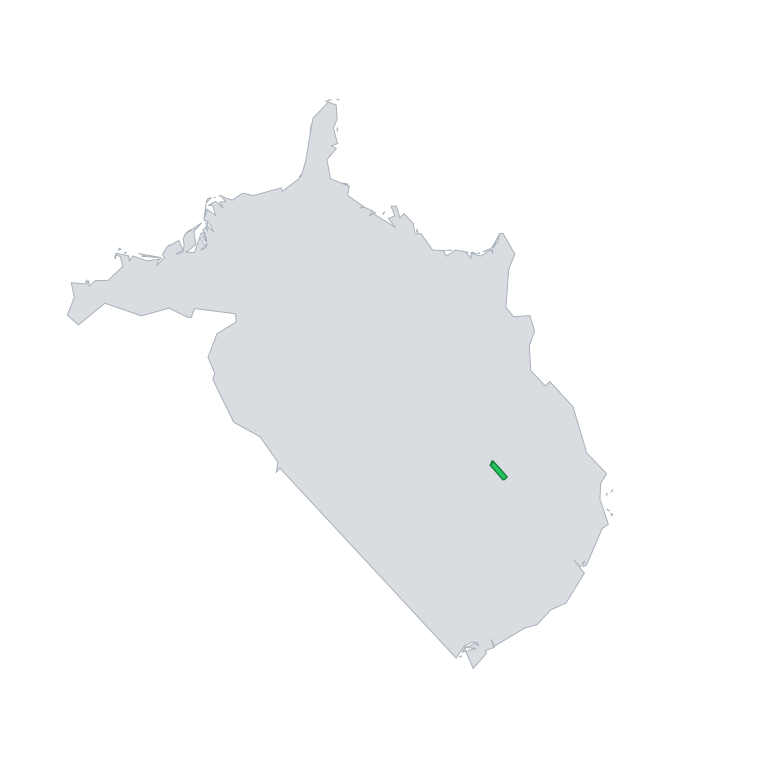 Wayne, Utah, United States of America (highlighted), rotated 228°
{"feature_id": "52423323B53425480585929", "entity_name": "Wayne", "entity_type": "district", "adm_level": 2, "iso_a3": "USA", "parent_name": "United States of America", "parent_adm1": "Utah", "projection": "albers", "projection_center": [-110.379, 38.33], "detail": "fine", "context": "in_parent", "style": "filled", "palette": "green", "viewbox_px": 768, "rotation_deg": 228, "n_neighbors": 0, "source": "geoboundaries", "source_scale": "gbopen_adm2", "svg_char_len": 4413}
<svg xmlns="http://www.w3.org/2000/svg" viewBox="0 0 768 768"><g transform="rotate(228 384 384)"><path d="M597.0,249.3L630.8,230.6L632.4,196.3L647.2,194.9L655.6,211.8L668.5,219.4L657.3,229.9L658.1,233.4L654.1,230.5L653.9,238.9L645.6,248.4L646.2,268.8L655.4,273.4L659.1,270.7L656.6,268.0L658.5,268.9L660.5,272.3L649.9,280.1L646.0,277.2L647.1,283.1L634.1,290.2L626.6,301.5L626.1,297.1L624.1,295.0L625.1,305.5L628.6,306.0L630.9,314.4L627.9,327.6L617.9,324.1L619.9,315.9L616.5,322.4L621.3,328.8L626.1,331.7L628.4,336.1L625.8,356.4L624.5,344.8L613.6,337.6L614.3,325.3L608.5,331.2L616.8,345.8L608.2,343.7L606.0,345.1L606.4,339.4L605.7,337.9L604.7,342.6L605.8,346.0L618.6,348.0L617.3,351.7L610.6,348.0L608.4,347.8L616.7,352.1L619.8,352.4L619.7,356.9L615.4,355.1L622.6,359.1L621.7,360.4L618.1,358.3L611.1,359.3L621.3,362.0L626.3,359.8L636.8,372.2L628.2,362.9L632.3,369.5L622.0,371.7L631.7,376.1L634.3,372.8L632.4,380.9L622.3,382.2L629.2,383.4L625.5,388.5L632.1,388.7L622.2,394.2L620.4,406.6L611.4,413.1L598.5,438.8L595.2,437.5L593.5,457.5L594.2,462.1L601.7,474.4L629.0,508.9L630.7,531.3L623.3,535.1L612.3,526.5L608.0,517.6L593.8,510.3L596.1,504.3L590.9,506.2L588.9,491.7L572.4,481.6L554.1,490.4L548.5,483.2L529.4,487.5L531.0,483.8L528.4,487.8L520.2,491.4L518.6,485.2L518.2,490.0L492.3,497.3L504.1,497.9L501.6,504.6L511.4,508.2L507.8,512.3L496.6,506.9L497.2,512.9L483.6,513.2L474.8,507.3L471.1,512.0L450.9,509.8L441.1,519.9L443.6,517.2L437.2,516.1L435.8,526.7L425.0,535.1L427.5,532.8L419.5,532.9L422.8,535.9L414.3,541.6L412.3,553.3L408.0,552.1L411.9,554.6L414.0,564.8L418.7,570.5L416.2,573.1L392.8,568.1L386.0,553.6L359.4,525.9L347.4,525.3L337.1,538.2L322.4,531.2L315.2,517.6L295.9,502.0L274.7,502.5L274.8,508.8L240.6,509.2L197.0,488.5L168.3,489.4L165.1,478.4L153.8,467.3L129.8,457.0L130.5,449.4L113.9,413.2L115.0,409.7L118.5,414.7L116.8,407.0L125.6,407.4L109.3,406.2L99.5,372.7L104.7,356.3L102.7,336.8L108.5,325.2L115.3,290.6L122.7,292.6L114.6,289.6L118.2,280.6L115.4,280.3L112.9,259.9L130.7,265.9L125.8,275.7L132.6,269.2L131.0,277.7L126.4,279.3L129.5,280.1L133.3,276.9L135.5,268.3L132.1,254.2L391.3,250.3L390.5,245.1L396.9,252.8L427.6,256.6L456.1,246.7L501.8,259.8L505.2,265.4L521.7,271.1L533.1,293.6L529.0,315.8L535.6,320.6L566.8,293.7L562.4,285.3L565.0,282.7L584.2,275.0L597.0,249.3ZM639.8,292.3L645.2,288.8L626.8,303.2L641.1,289.2L639.8,292.3ZM132.5,262.7L134.3,268.5L134.0,269.3L131.2,264.7L132.5,262.7ZM418.0,568.8L413.8,560.2L413.3,555.0L414.5,560.3L418.0,568.8ZM659.0,229.9L660.1,232.6L659.0,232.4L659.0,229.9ZM475.5,509.9L476.5,511.9L474.0,510.6L475.5,509.9ZM138.6,466.6L141.5,465.7L141.7,466.1L138.6,466.6ZM135.6,465.5L134.3,466.9L133.5,465.4L135.6,465.5ZM655.4,278.1L654.5,280.5L653.9,280.3L655.4,278.1ZM414.3,550.0L413.2,554.3L416.1,545.8L414.3,550.0ZM620.5,497.4L625.8,504.2L619.8,496.9L620.5,497.4ZM152.6,474.8L153.7,477.2L152.4,475.0L152.6,474.8ZM632.3,532.1L630.7,535.3L633.0,528.9L632.3,532.1ZM639.5,376.7L638.3,380.6L637.4,372.7L639.5,376.7ZM130.6,257.9L130.4,259.5L129.5,258.6L130.6,257.9ZM423.1,537.6L419.1,540.1L423.1,536.9L423.1,537.6ZM661.2,276.3L662.0,278.3L660.1,278.6L661.2,276.3ZM152.0,481.0L152.7,483.8L151.6,481.3L152.0,481.0ZM418.3,541.8L416.8,543.0L418.0,541.2L418.3,541.8ZM628.7,339.7L627.8,344.7L628.5,338.0L628.7,339.7ZM440.2,521.9L437.7,524.0L441.1,520.6L440.2,521.9ZM594.6,459.5L595.1,462.9L594.2,460.7L594.6,459.5ZM633.2,388.9L632.6,389.8L634.2,386.5L633.2,388.9ZM560.8,487.8L558.0,490.4L556.7,490.4L560.8,487.8ZM518.8,491.1L518.3,491.9L516.4,492.2L518.8,491.1ZM604.5,519.1L605.6,521.2L603.8,518.8L604.5,519.1ZM511.5,497.8L511.5,500.0L510.5,496.3L511.5,497.8ZM626.6,540.0L624.8,540.8L627.2,539.3L626.6,540.0ZM630.9,316.0L630.5,318.5L630.8,315.0L630.9,316.0ZM636.6,382.0L635.9,383.1L635.6,383.1L636.6,382.0Z" fill="#d9dde1" stroke="#a8b0b8" stroke-width="1"/><path d="M232.5,413.3L234.8,413.4L237.2,413.4L245.2,413.5L253.6,413.4L254.1,412.9L253.9,412.9L254.1,412.7L253.7,412.6L253.7,412.4L254.0,412.3L253.9,412.2L253.7,412.1L253.9,412.0L253.8,411.8L253.6,411.9L253.6,411.6L253.4,411.5L253.4,411.3L253.3,411.1L253.2,411.0L253.4,410.8L253.5,410.7L253.3,410.6L253.3,410.8L253.0,410.6L253.1,410.3L253.0,410.1L252.8,410.4L252.6,410.5L252.7,410.2L252.8,409.7L252.5,409.3L252.3,409.2L252.7,409.3L252.8,408.8L252.5,408.6L246.8,408.6L238.4,408.5L238.4,408.4L233.5,408.3L233.4,408.4L232.7,409.0L232.6,409.4L232.5,409.5L232.5,413.3Z" fill="#22c55e" stroke="#15803d" stroke-width="1.5"/></g></svg>